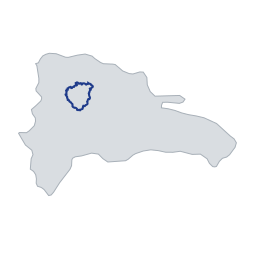 location of San José de Las Matas, Santiago, Dominican Republic, rotated 3°
{"feature_id": "3306468B48570951315042", "entity_name": "San José de Las Matas", "entity_type": "district", "adm_level": 2, "iso_a3": "DOM", "parent_name": "Dominican Republic", "parent_adm1": "Santiago", "projection": "albers", "projection_center": [-71.019, 19.237], "detail": "fine", "context": "in_parent", "style": "outline", "palette": "blue", "viewbox_px": 256, "rotation_deg": 3, "n_neighbors": 0, "source": "geoboundaries", "source_scale": "gbopen_adm2", "svg_char_len": 5201}
<svg xmlns="http://www.w3.org/2000/svg" viewBox="0 0 256 256"><g transform="rotate(3 128 128)"><path d="M32.6,174.2L32.9,163.8L34.5,159.6L33.1,155.2L26.5,150.4L22.5,144.4L19.0,139.0L19.8,138.2L26.9,138.0L29.5,136.0L34.3,130.6L35.3,126.1L34.9,122.8L31.8,118.8L30.6,114.6L34.5,110.9L39.5,105.6L40.2,103.5L40.1,101.5L34.3,95.8L33.9,93.4L36.6,87.3L36.4,83.2L33.7,70.5L32.4,68.6L35.1,67.6L36.8,63.8L39.1,60.5L42.1,58.7L45.6,57.5L52.4,57.6L61.9,60.6L64.6,60.6L73.7,57.9L81.3,56.4L88.4,58.1L91.2,60.4L97.1,64.0L100.1,65.1L109.3,65.0L111.9,65.3L119.7,71.3L126.3,73.6L130.1,73.8L136.9,71.4L140.3,71.4L144.2,76.6L145.0,83.9L148.3,90.5L153.3,94.8L177.9,92.8L183.4,96.2L181.6,99.2L178.1,100.7L166.4,100.2L161.3,100.5L160.3,103.4L160.3,106.1L167.1,106.7L173.9,108.0L180.7,110.1L187.7,111.5L195.5,112.4L203.3,113.8L216.2,118.9L230.6,130.7L234.5,133.3L237.0,137.1L235.9,141.7L230.9,149.3L228.1,151.8L223.9,153.3L221.0,156.5L218.3,161.8L216.6,162.3L214.6,162.1L211.2,159.1L208.6,154.6L201.7,150.3L193.5,151.0L181.4,148.5L174.1,149.9L166.8,150.2L159.4,149.0L151.9,148.6L144.4,150.2L137.1,153.1L134.4,154.8L129.8,159.2L127.3,160.8L109.6,163.0L104.5,159.9L99.8,155.6L92.9,155.0L83.1,158.3L76.9,159.5L74.4,161.0L73.6,162.6L73.6,168.6L72.2,172.3L62.6,186.2L57.1,195.9L54.8,198.9L52.3,199.6L47.5,193.9L44.5,191.9L40.7,190.9L39.2,187.9L39.2,183.6L38.3,179.5L36.0,176.3L32.6,174.2Z" fill="#d9dde1" stroke="#a8b0b8" stroke-width="1"/><path d="M83.7,108.4L83.9,108.2L84.2,107.8L84.4,107.6L84.5,107.4L85.0,107.1L85.3,107.0L85.5,106.9L86.1,106.3L86.2,106.2L86.3,106.0L86.3,105.8L86.3,105.2L86.2,104.9L86.1,104.5L85.8,104.0L85.8,103.9L85.8,103.7L86.1,103.4L86.3,103.2L86.3,102.5L86.4,102.2L86.5,101.7L86.7,101.4L86.9,101.1L87.0,101.1L87.4,101.0L87.5,101.0L87.9,101.2L88.0,101.1L88.1,100.7L88.3,100.6L88.4,100.3L88.4,99.6L88.4,99.4L88.3,99.1L88.0,98.8L87.9,98.6L87.8,98.4L87.7,98.1L87.6,97.8L87.5,97.6L87.5,97.3L87.4,97.1L87.3,96.8L87.3,96.6L87.4,96.3L87.4,96.2L87.1,95.8L87.0,95.7L87.0,95.4L87.2,94.9L87.4,94.8L87.6,94.6L87.6,94.4L87.5,94.2L87.5,93.8L87.6,93.7L88.0,92.8L88.0,92.7L88.0,92.2L88.3,91.9L88.7,91.8L88.7,91.7L88.8,91.5L88.7,91.4L88.2,91.2L87.9,90.9L87.8,90.7L88.1,90.4L88.3,90.4L88.8,90.4L89.0,90.4L89.3,90.0L89.6,89.7L89.9,89.5L90.0,89.4L90.2,89.1L90.3,89.0L90.5,89.0L90.6,88.8L90.6,88.7L90.7,88.3L90.5,87.9L90.4,87.8L90.3,87.7L90.1,87.6L89.9,87.5L89.6,87.2L89.1,87.2L88.9,87.0L88.7,86.4L88.5,86.2L88.4,86.1L88.0,86.1L87.9,86.1L87.6,85.8L87.4,85.8L86.9,85.7L86.7,85.6L86.2,85.3L85.9,85.1L85.9,85.4L85.9,85.9L85.9,86.0L85.7,86.2L85.4,86.1L85.2,86.0L85.1,85.9L84.9,86.0L84.7,86.2L84.5,86.3L84.4,86.4L84.4,86.5L84.2,86.8L83.8,86.8L83.7,86.8L83.6,86.7L83.2,86.3L83.0,86.2L82.8,86.1L82.6,85.9L82.2,85.8L82.0,85.7L81.7,85.7L81.3,85.8L81.0,85.7L80.7,85.7L80.5,85.8L80.3,86.0L80.2,86.3L80.0,86.7L79.7,87.0L79.4,87.0L79.3,86.8L79.2,86.7L79.2,86.3L79.1,86.2L79.0,85.9L78.7,85.7L78.3,85.7L78.1,85.7L77.9,85.7L77.8,85.8L77.8,86.0L77.7,86.0L77.0,86.3L76.8,86.4L76.7,86.3L76.3,86.1L75.7,85.5L75.5,85.4L75.4,85.3L75.2,85.3L74.9,85.2L74.7,85.1L74.4,85.2L74.1,85.4L74.0,85.5L73.9,85.7L73.8,85.8L73.5,85.9L73.4,85.9L73.4,86.0L73.5,86.2L73.7,86.3L73.9,86.6L74.1,86.9L74.1,87.0L73.8,87.4L73.8,87.5L74.0,87.6L74.5,87.6L74.8,87.7L74.8,87.8L74.7,88.0L74.2,88.3L73.9,88.3L73.3,88.3L73.1,88.3L72.3,88.7L72.2,88.8L72.1,89.0L72.1,89.3L72.1,89.5L71.9,89.8L71.7,89.8L71.4,89.8L71.3,89.7L71.2,89.7L71.1,89.8L70.7,90.1L70.2,90.3L70.1,90.6L70.0,90.9L69.9,90.9L69.6,91.0L69.3,91.1L69.2,91.0L69.0,90.9L68.9,90.8L68.8,90.7L68.8,90.2L68.7,90.0L68.6,89.9L68.4,90.0L68.2,90.2L68.0,90.4L67.8,90.4L67.6,90.3L67.3,90.3L67.0,90.5L66.9,90.6L66.4,91.0L66.2,91.2L66.2,91.5L65.8,91.7L65.7,91.7L65.7,91.8L65.8,92.1L65.8,92.6L65.9,92.8L65.9,93.0L65.7,93.1L65.2,93.1L65.0,92.9L64.8,92.9L64.8,93.0L64.6,93.3L64.5,93.6L64.4,93.7L64.3,93.8L64.2,93.9L64.2,94.0L64.3,94.1L64.4,94.4L64.5,94.6L64.8,94.9L64.9,95.0L64.7,95.5L64.6,95.8L64.6,96.0L64.6,96.4L64.6,96.7L64.9,97.3L64.9,97.5L64.7,97.8L64.4,97.8L64.2,97.7L63.9,97.8L63.9,98.0L64.2,98.3L64.3,98.6L64.6,99.0L64.9,99.1L65.0,99.1L65.1,99.5L65.3,99.7L65.5,99.9L65.6,100.0L65.6,100.5L65.5,100.8L65.5,101.0L65.8,101.2L65.9,101.3L66.0,101.4L66.1,101.8L66.2,102.0L66.2,102.7L66.2,102.8L66.3,103.1L66.6,103.0L66.8,103.0L67.1,103.0L67.4,103.2L67.5,103.3L67.7,103.5L67.9,103.7L68.0,104.0L67.9,104.3L68.0,104.5L68.4,104.8L69.3,105.3L69.5,105.3L69.8,105.5L70.0,105.8L70.1,106.1L70.3,106.3L70.5,106.5L71.1,106.8L71.3,107.1L71.3,107.6L71.4,107.8L71.5,108.1L71.5,108.3L71.4,108.6L71.3,108.9L71.3,109.0L71.6,109.4L71.7,109.6L71.8,109.8L72.3,110.1L72.8,110.3L73.1,110.5L73.3,110.6L73.5,110.4L73.8,110.4L74.0,110.5L74.3,110.5L74.5,110.6L74.9,110.7L75.0,110.7L75.1,110.8L75.5,111.1L75.7,111.3L75.8,111.3L76.0,111.5L76.2,111.8L76.2,112.0L76.1,112.3L76.1,112.5L76.3,112.6L76.8,112.7L77.1,112.8L77.3,112.8L77.6,112.6L77.8,112.5L78.2,112.4L78.3,112.4L78.6,112.3L78.8,112.3L79.0,112.4L79.0,112.5L79.1,112.8L79.3,112.8L79.4,112.6L79.7,112.3L79.8,112.1L80.3,111.8L80.6,111.7L81.2,111.5L81.5,111.4L81.7,111.1L81.7,110.8L81.8,110.5L81.8,110.3L81.7,110.1L81.8,109.8L81.9,109.6L82.0,109.5L81.9,109.2L81.9,108.7L82.2,108.4L82.3,108.1L82.5,108.1L82.8,108.1L83.0,108.1L83.4,108.3L83.7,108.4Z" fill="none" stroke="#1e3a8a" stroke-width="2"/></g></svg>